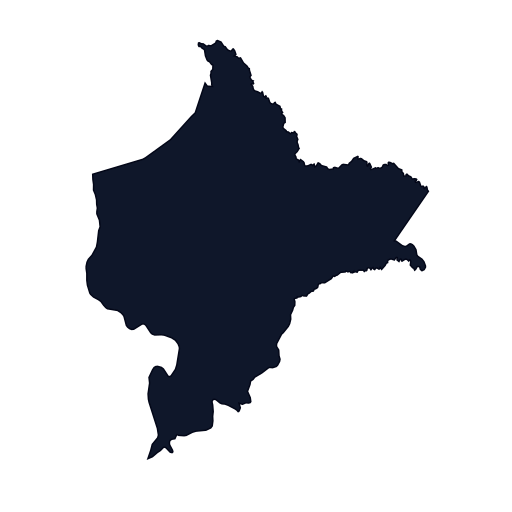 the border of Loreto, rotated 5°
{"feature_id": "PER-585", "entity_name": "Loreto", "entity_type": "Department", "adm_level": 1, "iso_a3": "PER", "parent_name": "Peru", "parent_adm1": "", "projection": "robinson", "projection_center": [-73.566, -4.337], "detail": "fine", "context": "isolated", "style": "filled", "palette": "ink", "viewbox_px": 512, "rotation_deg": 5, "n_neighbors": 0, "source": "natural_earth", "source_scale": "10m", "svg_char_len": 6062}
<svg xmlns="http://www.w3.org/2000/svg" viewBox="0 0 512 512"><g transform="rotate(5 256 256)"><path d="M198.8,44.7L202.5,45.9L205.6,49.9L207.1,50.2L209.2,52.6L210.7,53.6L213.3,54.2L214.9,51.8L215.4,51.7L216.9,53.5L218.4,56.9L216.8,58.6L220.0,59.3L221.4,60.6L223.3,60.0L226.7,64.8L230.5,67.6L232.0,69.6L233.0,69.9L233.2,71.4L235.3,76.5L234.4,77.8L234.4,78.7L236.2,81.3L238.0,81.8L237.6,82.6L238.6,84.3L238.3,84.8L236.5,84.8L236.2,85.4L238.0,87.3L238.6,89.5L239.5,91.0L240.7,91.7L243.3,92.2L245.9,93.4L247.1,93.3L247.8,91.9L248.3,92.4L249.5,96.2L250.4,96.8L251.8,95.6L252.3,96.3L251.9,97.6L252.5,98.0L253.9,97.6L254.6,97.9L256.3,101.7L257.3,102.7L259.7,103.3L260.4,102.8L261.1,101.6L261.7,101.3L262.7,103.0L266.8,104.8L267.6,107.3L268.6,107.3L268.9,109.5L270.0,110.6L269.1,112.0L269.5,112.8L271.2,113.6L272.9,115.8L273.4,120.4L272.4,121.1L272.0,121.9L271.4,125.4L272.3,126.6L275.1,128.5L275.4,129.5L277.6,129.7L279.2,131.1L279.7,131.2L280.7,129.9L282.8,130.2L283.3,128.7L283.7,128.7L284.9,130.2L286.1,131.0L286.3,131.6L286.0,133.4L287.5,136.2L287.0,137.9L287.1,139.4L288.1,141.3L289.0,144.4L289.6,145.0L287.9,148.4L286.0,150.6L285.8,151.9L287.2,153.9L287.5,155.7L290.1,156.8L290.8,158.3L292.0,156.1L294.9,157.9L295.7,158.8L296.4,161.1L297.2,162.2L300.0,161.6L302.9,159.9L304.7,161.1L305.0,160.0L305.9,159.4L306.9,162.1L308.1,161.2L309.8,157.8L311.4,158.4L313.3,160.2L318.6,161.2L319.8,162.8L321.3,163.5L325.4,162.6L325.5,161.3L326.8,160.8L330.1,161.5L330.7,161.3L333.8,157.6L335.0,157.1L339.9,157.3L340.5,156.7L340.7,155.6L343.0,153.4L344.8,150.2L348.7,147.9L349.0,148.1L349.0,149.9L349.3,150.7L351.6,149.7L352.6,149.9L355.2,151.7L357.7,152.3L358.2,152.7L358.4,153.7L358.4,155.7L358.7,156.5L359.4,156.8L360.2,154.4L360.8,153.7L361.2,153.9L363.2,157.4L362.3,158.8L362.8,159.8L364.2,159.5L367.3,157.8L367.7,158.4L370.0,157.4L371.9,158.0L374.0,156.6L374.8,154.3L375.8,153.7L377.6,153.5L378.7,154.3L379.7,154.3L380.1,154.1L379.6,151.7L380.1,151.0L381.3,151.1L384.2,152.2L385.1,151.7L390.2,156.5L393.7,157.5L394.0,159.5L395.6,160.9L396.2,163.5L398.4,163.3L398.5,161.8L399.2,161.3L401.0,162.8L403.3,163.6L405.0,165.8L407.0,165.2L408.8,165.3L409.4,165.7L409.1,166.8L408.0,167.5L408.5,168.7L409.8,168.5L411.5,167.6L412.4,168.2L414.1,172.0L414.9,172.4L416.3,171.8L417.2,172.5L417.4,173.9L417.8,174.2L419.7,172.0L420.2,172.4L421.0,175.3L422.1,176.5L392.5,228.8L394.3,229.0L400.7,232.9L403.0,233.5L404.1,233.5L405.2,233.0L407.9,230.6L409.1,230.4L410.8,231.1L412.4,232.4L414.8,235.8L416.1,240.9L417.2,242.2L421.6,244.7L423.8,247.1L425.7,251.1L425.8,252.4L424.7,254.9L422.6,256.2L420.9,255.0L420.0,252.5L418.2,252.2L417.4,252.7L416.1,255.5L415.3,256.3L414.2,254.4L413.1,254.1L410.5,251.6L410.7,247.8L409.9,246.5L409.4,246.3L408.6,247.7L407.0,246.4L405.6,246.0L404.3,246.6L401.9,248.4L401.4,248.1L401.1,246.7L400.4,246.4L399.7,246.8L398.9,249.0L396.8,247.6L396.9,245.3L396.2,245.1L395.5,245.5L394.2,247.9L390.7,247.1L388.2,248.3L387.5,249.5L387.7,251.1L386.4,251.8L385.4,254.2L382.3,258.4L380.7,256.5L380.5,257.6L379.7,258.4L377.4,257.3L376.3,257.8L375.4,259.2L374.3,258.7L373.6,257.3L372.9,257.7L371.7,259.6L370.5,258.1L369.5,257.9L368.4,258.1L367.8,258.8L367.7,260.4L367.3,261.0L366.6,260.8L365.2,262.0L364.2,260.8L360.3,261.1L359.0,261.5L358.2,263.3L356.2,263.0L354.2,264.0L354.4,263.0L353.1,264.1L352.1,264.4L350.7,263.1L348.9,263.8L347.0,263.0L346.3,264.1L341.7,264.9L338.5,268.0L337.2,268.5L336.1,269.5L334.6,269.1L333.0,272.0L326.8,276.7L323.3,276.9L322.7,277.8L320.9,278.4L320.5,279.0L320.2,281.7L319.7,282.4L318.1,283.6L317.0,283.7L316.2,285.9L314.0,286.5L312.3,288.3L311.1,289.0L309.8,291.5L307.0,291.6L305.3,291.2L304.2,292.5L301.7,293.2L300.7,293.0L300.5,294.2L297.9,295.0L297.8,295.7L298.7,298.1L298.9,301.8L297.7,303.9L297.2,306.8L295.5,311.4L296.1,315.9L295.4,320.5L294.3,323.3L289.8,330.0L288.3,331.6L284.2,341.4L284.2,343.6L284.6,344.8L286.7,347.5L286.9,348.3L287.6,353.4L288.9,356.7L288.7,358.9L287.0,362.9L285.8,364.3L282.3,365.8L279.3,365.8L278.3,366.2L272.2,371.8L265.3,376.8L263.8,379.2L261.5,381.1L261.2,384.6L259.3,391.6L262.6,397.6L263.5,401.5L263.0,402.5L261.5,403.1L258.7,403.1L255.4,404.9L251.9,404.1L253.6,408.6L252.9,411.2L252.4,412.3L251.8,412.6L250.2,411.1L248.2,410.0L241.2,407.1L237.9,406.2L234.9,406.2L232.9,405.5L228.7,402.6L227.0,402.3L225.8,402.7L224.9,404.4L224.9,405.3L225.8,408.1L226.9,414.7L226.8,419.5L227.4,424.0L227.2,429.1L225.9,431.2L221.3,433.9L211.5,435.7L208.0,437.1L202.1,440.8L200.0,441.3L194.6,441.4L192.9,440.8L192.4,441.4L191.1,445.1L188.0,445.9L186.6,447.1L186.1,448.1L186.0,450.0L186.5,451.8L189.7,456.7L190.2,458.1L190.0,458.8L189.5,459.2L187.6,458.9L183.2,455.0L181.9,454.4L181.0,454.5L180.3,454.9L177.7,458.1L174.8,460.4L170.3,465.0L166.0,467.3L168.1,458.8L169.1,452.7L173.9,445.7L174.4,442.9L172.8,436.3L162.3,411.2L161.3,408.0L160.5,402.7L161.1,391.9L160.0,386.3L162.9,378.4L164.2,376.0L165.7,374.9L167.5,374.5L171.4,375.2L173.6,376.6L178.9,383.4L180.2,383.8L181.8,382.9L185.6,376.0L186.6,371.5L187.8,355.0L187.5,353.2L186.0,350.2L183.0,346.9L179.0,344.8L171.4,342.8L168.5,342.7L162.0,343.5L159.4,342.8L157.8,341.6L152.3,334.6L151.0,333.7L149.4,333.4L148.1,333.9L140.6,339.6L138.5,340.0L136.4,339.4L134.3,338.0L132.9,336.4L129.8,327.7L128.6,326.1L126.4,324.2L122.8,322.3L112.6,321.5L110.9,320.5L108.6,318.4L105.5,314.8L102.8,313.2L97.7,311.0L94.6,308.6L93.7,307.4L90.6,299.7L89.6,295.0L89.0,288.1L87.9,283.4L87.7,281.1L88.2,276.9L89.3,273.9L92.6,269.5L96.3,261.0L96.8,256.0L97.1,244.4L98.2,240.5L96.9,233.9L93.8,227.9L93.6,225.6L93.8,222.1L92.8,218.4L92.3,214.0L90.6,208.7L88.4,204.5L88.0,198.9L86.9,194.2L86.2,188.8L134.9,169.5L137.5,167.7L160.6,147.7L179.6,122.6L183.0,118.7L190.2,88.2L192.7,91.1L197.9,90.9L196.9,89.1L196.8,87.3L194.9,79.9L195.3,77.9L195.1,76.0L196.7,73.9L196.5,69.9L196.0,69.1L195.2,69.2L192.7,66.4L191.5,66.2L190.2,65.0L188.2,61.0L186.8,55.4L186.3,54.7L184.1,53.6L182.7,52.2L180.9,52.2L180.1,50.7L180.2,48.8L180.8,48.5L183.0,49.3L185.0,49.3L188.1,51.2L189.2,51.3L190.3,50.4L192.9,50.6L196.8,47.7L197.4,47.0L197.7,45.4L198.8,44.7Z" fill="#0f172a" stroke="#020617" stroke-width="1.5"/></g></svg>